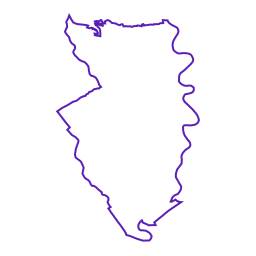 the district of Branesti, Gorj, Romania
{"feature_id": "2599482B28130291705267", "entity_name": "Branesti", "entity_type": "district", "adm_level": 2, "iso_a3": "ROU", "parent_name": "Romania", "parent_adm1": "Gorj", "projection": "albers", "projection_center": [23.464, 44.658], "detail": "fine", "context": "isolated", "style": "outline", "palette": "violet", "viewbox_px": 256, "rotation_deg": 0, "n_neighbors": 0, "source": "geoboundaries", "source_scale": "gbopen_adm2", "svg_char_len": 5540}
<svg xmlns="http://www.w3.org/2000/svg" viewBox="0 0 256 256"><path d="M126.5,235.0L129.8,235.9L136.5,238.6L142.4,240.5L143.3,240.6L148.5,240.5L149.1,240.5L149.5,240.2L150.4,239.4L151.2,237.8L151.6,236.7L151.6,236.1L151.4,235.7L150.3,233.9L149.0,232.5L145.8,230.7L142.8,230.3L141.1,230.4L139.9,229.9L139.3,229.4L138.7,228.4L138.3,227.1L138.2,225.9L138.5,224.7L139.2,223.3L139.8,222.4L140.8,221.1L141.6,220.5L141.9,220.3L142.5,221.6L142.3,221.8L143.0,222.7L146.5,224.1L148.5,225.2L149.3,225.3L150.4,225.2L155.6,225.1L154.3,222.4L161.5,216.5L162.2,216.0L165.1,213.5L169.1,210.3L181.2,202.1L178.6,201.8L178.4,201.5L177.4,201.2L176.7,200.7L175.4,199.6L174.5,200.3L173.4,200.7L172.4,201.4L171.7,201.6L170.7,201.6L171.0,200.7L172.2,198.0L172.8,197.0L173.3,196.4L174.5,195.5L175.5,194.9L177.5,194.2L178.2,193.6L179.9,191.3L180.3,190.5L180.8,189.4L181.1,187.8L181.2,186.9L180.9,186.0L180.4,185.0L178.8,182.6L178.4,181.5L176.5,178.4L175.9,177.1L175.8,175.5L176.0,173.3L177.1,169.6L178.6,167.5L180.1,165.7L181.6,163.3L181.7,162.2L181.8,159.6L181.5,157.6L181.6,155.8L181.7,155.2L182.7,153.2L184.0,151.5L185.2,150.2L186.5,149.2L188.9,147.7L190.0,146.3L190.3,145.3L190.4,144.9L190.1,143.1L189.2,141.4L188.3,140.6L185.0,136.0L184.1,134.1L183.5,132.0L183.2,130.3L183.0,127.0L183.3,126.3L184.0,125.5L185.3,125.2L191.2,125.4L194.5,124.8L196.2,124.1L197.7,122.9L198.7,120.9L198.8,120.5L198.8,119.5L198.2,117.4L197.1,115.0L195.9,113.3L192.3,109.1L188.4,105.3L184.9,102.1L183.5,99.8L183.3,99.2L183.3,98.1L183.4,97.5L183.7,96.6L184.7,94.9L185.2,94.4L185.8,94.1L188.9,93.6L190.3,93.2L192.0,92.5L192.7,92.0L193.2,91.4L193.6,90.8L193.7,90.1L193.8,89.3L193.8,88.1L193.7,87.7L193.5,87.4L191.7,86.1L190.8,85.6L189.7,85.5L186.4,85.9L185.1,85.7L183.6,85.3L181.7,84.3L180.7,83.6L179.6,82.3L179.2,81.7L179.0,81.1L179.1,76.6L179.2,75.9L180.0,73.9L180.5,73.2L184.4,70.2L190.6,64.3L192.3,62.3L192.8,61.5L193.1,60.1L193.2,59.6L193.0,58.5L192.4,57.1L191.7,55.8L191.1,55.0L190.6,54.6L189.4,53.9L188.6,53.6L185.9,53.2L182.7,53.1L180.0,53.5L177.9,53.3L177.4,53.1L175.6,51.9L174.4,51.0L173.8,50.2L173.3,49.3L172.9,47.5L172.6,45.4L172.7,43.2L173.1,41.9L173.9,39.9L176.0,36.4L177.7,33.8L178.0,33.1L178.4,31.5L178.4,30.6L177.9,29.1L177.5,28.4L176.8,27.5L172.2,25.1L170.3,23.9L168.9,22.7L167.8,21.1L167.5,20.6L167.5,20.4L166.3,20.4L163.9,20.1L162.8,20.1L163.2,23.1L160.1,23.2L159.7,23.4L159.3,23.9L158.3,24.1L154.0,24.2L153.7,24.3L153.4,24.7L150.3,24.6L144.0,25.5L143.8,25.0L143.9,24.7L143.5,24.5L143.2,24.1L142.7,24.2L142.4,24.3L141.9,24.7L141.9,24.9L142.2,25.4L142.1,25.9L141.8,26.2L141.1,26.2L140.8,25.9L139.7,25.9L138.6,25.5L137.4,25.5L137.3,26.0L137.1,26.1L136.4,25.9L135.3,26.1L134.6,26.0L133.1,26.4L132.1,26.9L130.2,26.3L129.8,26.4L129.3,26.3L128.7,26.4L127.9,26.4L126.0,26.2L124.6,26.3L123.8,26.5L123.3,26.1L122.7,24.5L122.4,24.2L120.9,24.5L120.0,25.2L119.3,25.1L116.8,24.2L116.2,23.7L115.2,23.4L112.0,22.9L111.4,22.5L110.2,21.3L109.0,20.6L108.1,20.2L107.5,20.2L106.0,20.8L104.8,21.5L105.0,21.8L105.2,23.5L103.4,23.3L102.4,22.4L102.1,21.8L101.7,20.7L101.5,20.3L101.0,20.0L100.6,20.1L100.2,20.6L98.7,21.2L97.8,21.2L96.3,21.0L94.8,21.5L95.0,21.9L97.4,22.4L98.6,22.9L98.8,23.1L102.2,24.2L102.3,24.3L101.7,25.0L102.8,25.4L102.7,25.8L98.8,24.8L97.8,24.3L95.6,23.8L95.1,23.9L95.8,25.3L96.6,25.5L97.2,25.9L97.7,26.9L99.1,27.9L99.6,28.7L100.2,30.8L100.2,31.4L100.1,31.9L100.4,33.1L100.3,34.9L100.3,36.2L97.9,35.7L96.2,35.6L94.8,35.1L94.8,34.5L94.6,33.6L97.6,34.1L98.0,33.3L98.0,33.1L97.6,32.7L97.2,31.7L97.1,31.0L96.7,30.6L95.5,30.3L95.0,30.0L95.0,29.9L95.8,29.9L95.9,29.7L94.6,29.0L93.9,28.8L93.3,29.1L93.0,29.1L92.9,28.6L92.7,28.7L92.8,28.1L91.6,27.7L90.1,28.1L89.0,28.2L87.0,27.4L88.2,25.7L87.2,25.3L83.3,24.7L77.6,24.1L75.4,23.5L74.6,23.0L73.3,22.5L73.0,22.1L72.5,21.3L71.0,18.9L70.0,16.8L69.2,15.4L68.3,18.0L66.4,21.6L66.3,22.0L66.3,22.5L66.9,24.0L67.1,27.1L66.9,27.6L65.9,29.3L65.6,30.5L65.1,31.3L65.0,31.7L65.4,32.5L66.6,34.3L69.0,37.1L69.5,38.3L69.8,40.1L71.3,42.8L71.7,43.3L73.1,44.3L74.5,45.4L74.8,45.8L75.0,46.4L74.9,48.3L74.8,49.0L73.9,50.3L73.3,51.8L73.3,52.3L73.6,53.2L75.0,55.5L76.0,56.3L79.0,59.5L79.7,60.0L81.0,60.6L81.6,61.1L84.3,61.9L84.8,62.3L86.7,64.0L87.4,65.2L88.3,66.1L88.3,66.7L88.6,67.8L88.8,69.2L88.9,70.9L89.1,71.8L89.4,72.6L89.6,73.8L89.7,74.1L91.1,75.6L91.8,75.9L92.8,76.0L93.9,76.5L95.7,77.7L96.3,78.4L96.9,79.3L98.4,82.4L99.0,84.5L99.9,85.8L101.0,87.0L99.9,87.6L99.5,87.9L99.0,88.5L97.8,88.4L95.4,89.0L94.4,89.1L93.0,90.1L92.1,91.0L91.4,91.4L89.1,92.1L88.6,92.8L88.2,93.6L87.1,93.9L86.2,94.8L85.8,95.0L85.6,95.6L85.2,96.0L83.1,96.3L82.7,96.7L80.6,97.5L77.8,99.8L76.7,100.6L75.8,101.0L73.2,101.7L71.9,102.5L69.8,103.8L66.9,105.5L62.2,107.9L57.2,111.4L59.3,114.0L65.6,122.3L69.8,127.4L67.3,129.8L71.9,135.0L75.6,137.2L78.0,139.6L78.4,140.3L78.5,140.8L78.3,141.9L76.2,147.9L75.8,149.4L75.6,150.1L75.5,151.5L75.0,153.7L75.0,154.6L75.7,157.6L80.0,160.8L81.1,161.9L82.6,165.1L83.4,167.0L83.6,167.9L83.4,169.1L82.8,171.6L82.5,173.7L84.2,176.8L85.0,178.0L86.3,179.0L87.9,179.9L89.3,181.2L90.2,182.9L91.1,184.9L91.5,185.3L92.2,185.8L92.9,186.0L93.8,185.8L94.3,186.2L96.0,187.2L96.7,187.8L97.9,189.1L99.6,190.5L100.8,191.6L101.1,191.6L101.4,191.8L101.7,192.4L101.8,192.9L101.8,193.6L101.9,194.0L102.2,194.4L103.0,194.8L104.6,195.1L105.4,195.4L107.0,196.4L108.2,197.6L108.4,198.3L108.5,199.5L108.3,200.0L108.3,200.5L107.7,201.5L107.6,202.2L108.0,203.2L109.9,206.4L110.6,207.0L108.4,208.5L109.5,210.0L110.6,211.8L116.6,220.0L117.7,221.7L118.8,223.0L120.6,225.4L124.5,231.0L125.9,233.3L125.8,233.5L126.5,235.0Z" fill="none" stroke="#5b21b6" stroke-width="2"/></svg>